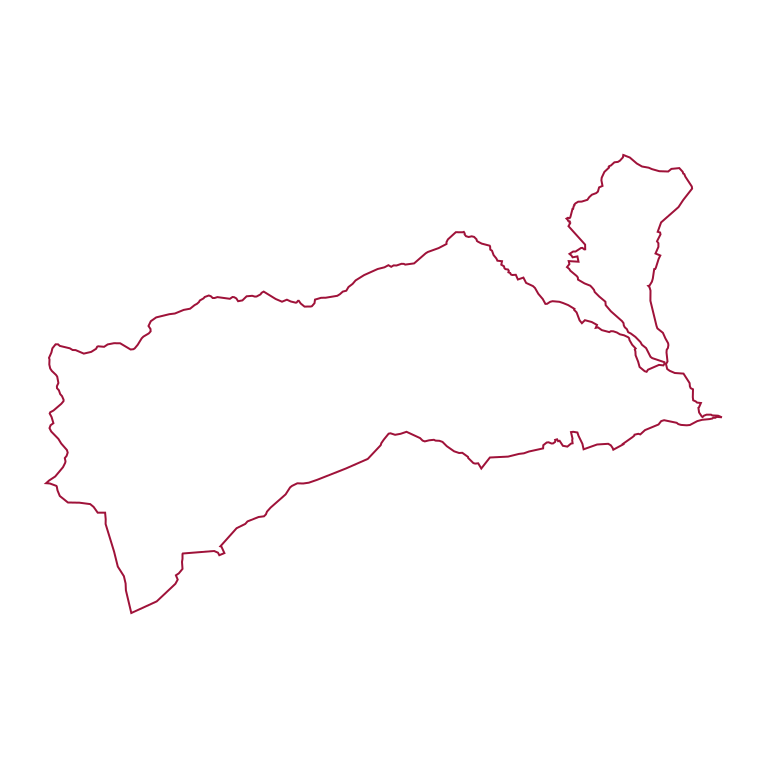 Lunca, Bihor, Romania (Robinson projection)
{"feature_id": "2599482B71226183129855", "entity_name": "Lunca", "entity_type": "district", "adm_level": 2, "iso_a3": "ROU", "parent_name": "Romania", "parent_adm1": "Bihor", "projection": "robinson", "projection_center": [22.434, 46.505], "detail": "fine", "context": "isolated", "style": "outline", "palette": "rose", "viewbox_px": 768, "rotation_deg": 0, "n_neighbors": 0, "source": "geoboundaries", "source_scale": "gbopen_adm2", "svg_char_len": 6068}
<svg xmlns="http://www.w3.org/2000/svg" viewBox="0 0 768 768"><path d="M721.9,417.3L718.1,415.7L712.2,415.4L711.1,414.7L706.5,414.7L703.9,415.7L702.6,417.0L701.8,416.5L699.1,412.5L698.4,407.8L699.0,407.3L700.9,403.0L697.1,402.6L695.7,401.4L693.2,400.3L692.8,397.2L693.0,389.3L690.7,388.2L689.9,386.4L689.6,383.1L683.5,373.6L674.8,373.0L669.7,370.8L667.2,369.0L666.0,364.1L667.5,361.5L666.5,352.5L666.7,349.8L667.9,348.0L668.4,345.1L668.1,343.2L665.4,338.4L662.9,332.8L657.4,328.4L656.5,325.9L650.4,300.8L650.5,290.6L649.5,287.2L648.3,285.9L649.5,285.6L651.9,281.7L652.8,278.6L654.2,269.1L655.2,269.0L655.9,267.6L658.6,259.0L660.3,255.5L655.5,253.5L658.4,246.9L658.4,243.2L657.0,241.3L660.5,234.4L660.1,232.5L657.7,231.8L661.1,222.4L678.5,207.1L683.2,200.0L692.1,188.6L691.8,186.5L685.3,176.6L684.3,174.1L683.2,173.5L682.7,171.8L679.3,168.1L671.4,168.9L668.2,171.5L659.3,171.2L651.9,169.1L648.7,167.7L642.0,166.5L636.8,163.5L629.8,157.5L623.3,155.0L622.9,157.4L619.9,160.7L617.9,161.9L614.4,162.3L610.9,165.5L609.1,166.2L608.7,166.8L609.0,167.6L604.4,171.9L601.7,177.7L601.4,180.3L602.5,185.9L599.1,187.4L597.9,191.6L596.2,193.1L591.9,194.7L589.2,197.2L587.4,199.8L581.7,201.6L578.2,201.7L575.4,203.4L574.2,204.8L574.4,205.4L573.7,206.2L573.1,208.9L572.5,208.9L570.4,217.0L569.6,218.2L567.9,217.8L566.5,218.6L567.8,219.9L568.0,220.7L569.8,221.5L569.5,222.6L570.2,223.1L568.5,226.2L585.1,244.6L585.2,249.3L584.3,249.4L582.4,247.9L581.0,248.0L575.6,251.5L573.2,251.5L569.5,253.9L571.4,255.5L572.6,257.3L577.4,256.4L578.5,261.7L568.7,261.1L569.4,264.1L567.0,267.1L569.2,268.9L570.3,270.7L576.7,276.0L577.8,277.4L578.0,279.6L584.5,283.4L590.3,285.7L592.3,287.8L594.0,289.9L594.7,292.0L599.3,296.6L605.4,301.7L605.7,305.2L610.9,311.3L622.0,321.1L623.5,323.1L623.8,325.4L624.8,327.3L626.9,329.2L628.2,332.2L630.8,333.5L635.4,336.9L640.4,342.0L641.9,344.7L646.1,348.1L650.5,356.8L652.2,358.1L664.4,362.2L664.5,363.5L663.4,365.4L659.0,364.9L648.0,369.7L646.6,371.8L644.7,371.2L639.6,367.0L638.1,361.6L635.6,355.3L635.4,351.4L634.8,349.4L635.7,348.5L632.2,344.8L629.5,340.1L629.1,338.2L628.1,337.2L624.1,335.3L619.9,334.3L616.9,332.5L613.3,331.3L610.9,331.2L609.3,332.1L601.8,330.1L598.0,327.4L595.8,327.8L597.0,324.9L591.7,322.0L584.9,320.2L581.9,323.2L579.6,320.4L576.6,312.4L574.1,309.8L574.5,308.9L568.2,305.1L563.0,303.0L559.4,301.8L552.6,301.2L550.2,301.8L547.1,303.8L545.4,303.9L542.8,299.1L538.3,293.8L535.0,288.0L533.0,286.1L526.1,282.9L523.4,277.6L517.9,279.5L515.8,274.8L512.2,275.0L510.8,274.4L510.2,273.0L508.4,272.3L508.8,270.8L508.0,269.5L505.4,269.1L504.4,268.1L504.0,266.3L501.3,264.7L502.0,261.2L497.4,260.7L496.4,258.5L493.6,255.1L492.0,250.7L490.3,249.6L490.1,246.5L489.7,245.7L481.7,243.6L478.0,241.7L476.9,240.9L476.5,239.3L474.1,236.9L471.7,236.3L468.7,237.0L466.0,236.2L464.6,234.4L464.7,233.4L463.8,231.9L462.5,232.3L455.8,232.2L447.9,239.4L446.5,242.1L446.5,244.0L438.6,248.1L427.8,252.0L425.7,253.3L414.1,263.4L405.2,264.6L403.9,263.9L401.5,263.8L396.5,265.5L393.6,265.4L391.2,266.8L388.4,265.2L384.5,267.3L377.7,269.0L364.1,275.1L355.6,280.4L352.6,283.9L348.5,287.0L346.3,290.7L342.8,291.6L339.9,294.2L337.3,295.8L325.8,297.7L321.1,297.8L315.0,299.6L314.5,303.2L311.9,306.2L310.8,306.5L304.5,306.6L300.7,303.5L298.8,300.8L298.0,300.8L296.6,302.5L295.8,302.7L290.8,301.5L286.9,299.7L282.0,301.7L275.7,299.0L263.7,291.6L261.6,292.8L260.5,294.4L256.6,296.5L254.9,296.6L252.2,295.8L246.6,296.3L242.4,300.4L238.1,301.2L236.3,298.4L234.2,297.2L232.5,297.0L229.9,298.8L217.4,297.1L214.6,298.0L212.7,298.0L210.8,296.2L208.8,295.5L204.7,297.0L203.5,298.4L199.8,300.5L199.0,302.0L197.0,303.8L194.6,305.1L190.1,308.7L183.7,309.9L174.9,313.5L169.3,314.2L156.2,317.4L150.8,321.2L148.5,326.0L150.5,329.0L150.6,331.4L148.8,333.4L143.4,336.6L141.7,338.3L137.7,344.8L134.7,348.4L133.4,349.2L130.6,349.5L120.2,343.3L114.0,343.2L107.7,344.4L104.1,346.8L98.2,346.3L97.2,346.7L96.1,348.8L91.2,351.9L83.8,353.6L75.6,350.1L72.6,350.0L69.8,348.3L59.8,345.9L58.0,344.3L55.6,344.3L52.4,348.3L51.4,352.5L49.0,357.9L49.5,359.4L49.3,364.5L50.2,368.5L51.8,370.9L56.0,374.9L57.2,376.6L58.4,383.0L56.9,386.2L57.0,388.2L58.9,390.3L60.2,394.1L62.0,396.1L63.6,399.8L63.5,401.2L61.3,403.8L53.5,410.5L50.2,412.3L49.7,413.5L51.6,417.1L53.4,423.2L50.6,425.2L49.5,428.1L51.2,431.5L58.4,438.9L61.2,443.5L66.9,450.0L67.7,452.6L66.6,455.9L64.8,458.1L65.5,461.3L65.2,462.8L63.0,467.2L55.2,476.5L49.1,480.5L46.1,483.2L49.9,483.5L56.4,485.9L56.8,486.7L57.5,490.4L59.8,496.0L67.9,502.5L79.5,502.7L90.2,504.1L93.6,506.9L97.7,512.7L105.1,512.7L105.7,519.2L105.6,524.0L114.1,551.7L117.8,566.6L123.9,576.2L125.6,583.5L125.9,590.3L131.3,613.0L156.7,601.4L175.4,583.8L177.7,579.6L175.9,575.3L178.8,573.4L182.5,568.9L182.0,561.9L182.5,558.8L182.5,554.0L182.8,553.5L214.1,551.0L218.0,552.7L219.3,555.2L224.4,553.1L221.4,546.6L220.4,546.3L236.6,528.2L245.3,523.9L247.5,521.4L258.6,517.0L264.0,516.3L265.9,514.4L267.0,511.6L270.6,507.6L285.6,494.4L290.1,487.4L292.0,485.9L297.3,483.3L303.1,483.5L308.8,482.7L317.2,479.8L345.9,468.5L367.8,458.9L380.7,445.2L381.3,443.2L383.8,439.6L388.6,433.7L390.5,433.3L395.1,434.8L400.6,433.8L406.5,431.8L420.1,438.1L422.6,440.6L424.8,441.4L429.1,440.3L433.9,439.8L435.5,440.6L439.4,440.8L442.5,441.9L446.8,446.2L454.1,451.3L459.1,453.0L462.3,452.8L468.0,456.9L468.2,458.0L473.4,463.1L475.2,463.6L478.2,463.3L481.3,468.5L489.9,457.5L508.1,456.6L519.0,453.9L523.9,453.3L529.0,451.5L543.1,448.4L543.3,445.2L546.7,442.5L548.6,442.3L551.5,443.5L553.1,443.4L555.0,442.0L555.4,440.8L555.1,439.9L557.1,439.3L558.1,441.2L559.6,440.8L562.9,445.8L567.4,446.6L571.0,443.6L572.6,443.3L572.2,440.2L572.5,438.6L571.0,432.1L573.2,431.8L577.4,432.5L578.5,435.8L582.4,443.8L583.6,449.3L597.1,444.5L608.2,443.8L610.8,445.3L612.6,447.9L613.3,449.7L623.3,444.3L622.9,443.9L632.4,437.2L634.2,435.7L634.5,434.7L638.3,433.8L640.3,434.4L645.0,430.1L658.5,424.5L661.2,421.1L664.1,420.2L676.7,422.8L678.3,424.1L681.0,424.9L686.6,425.3L689.9,425.0L697.3,421.1L702.1,419.8L709.4,419.1L712.4,418.5L713.2,417.7L715.2,417.8L716.8,416.9L721.9,417.3Z" fill="none" stroke="#9f1239" stroke-width="2"/></svg>